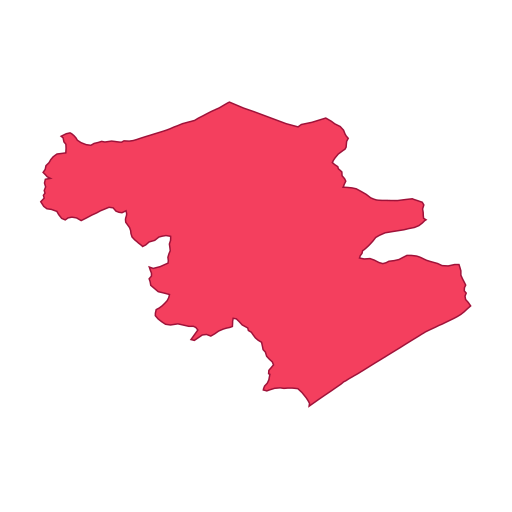 Chesumei, Rift Valley, Kenya, rotated 82°
{"feature_id": "3690345B21695789916257", "entity_name": "Chesumei", "entity_type": "district", "adm_level": 2, "iso_a3": "KEN", "parent_name": "Kenya", "parent_adm1": "Rift Valley", "projection": "equal_earth", "projection_center": [35.097, 0.277], "detail": "fine", "context": "isolated", "style": "filled", "palette": "rose", "viewbox_px": 512, "rotation_deg": 82, "n_neighbors": 0, "source": "geoboundaries", "source_scale": "gbopen_adm2", "svg_char_len": 4909}
<svg xmlns="http://www.w3.org/2000/svg" viewBox="0 0 512 512"><g transform="rotate(82 256 256)"><path d="M340.2,57.6L337.8,54.2L335.3,50.4L331.7,52.2L328.2,54.5L324.8,54.6L322.0,53.0L319.5,54.6L316.4,54.0L314.0,52.4L311.0,53.4L307.6,54.6L303.5,55.8L299.2,55.2L295.6,55.7L292.7,56.2L292.1,60.5L292.6,67.1L291.4,73.1L288.7,77.2L287.1,80.9L285.7,84.1L284.0,87.7L282.3,90.3L281.6,91.3L280.6,92.8L279.7,94.3L278.4,97.0L277.1,101.9L276.4,106.4L277.9,110.8L279.4,114.9L279.8,119.8L279.7,125.1L280.8,128.2L281.2,131.5L279.6,135.1L276.5,139.5L274.4,143.5L274.0,149.2L272.4,153.8L270.3,152.8L268.2,150.7L265.6,149.7L264.7,147.9L263.7,146.3L261.5,143.1L259.6,140.7L257.6,138.3L254.3,134.9L252.7,130.9L251.0,124.9L250.8,117.3L250.7,111.3L250.6,105.8L250.1,100.9L249.8,95.2L248.6,90.5L246.7,87.1L246.1,86.2L244.5,84.1L243.8,82.6L242.0,84.8L239.2,84.7L236.0,84.4L232.6,84.5L228.8,82.7L225.9,83.9L223.9,87.8L221.9,91.9L221.1,93.2L220.9,99.7L220.8,108.1L219.9,114.4L219.1,119.1L218.5,123.4L217.7,127.4L217.2,129.1L216.0,131.6L214.3,134.4L210.3,138.3L206.8,142.8L203.4,147.4L201.9,151.5L200.8,156.0L200.0,160.2L199.0,159.5L197.7,158.9L194.4,156.7L191.8,157.5L188.5,159.6L184.7,159.3L182.8,160.8L181.1,162.3L178.9,162.6L176.5,165.3L174.1,167.4L172.0,166.0L170.3,164.5L169.5,163.7L166.5,160.4L164.5,156.7L163.6,155.1L162.6,153.0L160.7,151.6L159.7,151.4L158.4,151.1L155.1,150.3L152.3,148.3L149.7,150.0L147.4,150.9L143.6,151.8L139.5,154.6L136.1,159.6L133.1,162.6L129.1,167.7L130.2,174.6L131.4,182.0L132.1,192.8L134.0,196.4L129.2,207.7L112.7,238.1L107.8,247.7L99.9,260.9L100.5,262.8L101.6,265.5L102.1,266.7L102.6,267.9L103.9,271.0L104.5,272.7L105.2,275.3L105.6,276.4L105.9,277.6L106.7,280.3L108.4,285.2L109.1,287.1L109.8,289.0L111.5,294.0L113.2,297.9L113.5,300.4L113.7,301.7L113.8,302.9L114.1,305.4L114.5,308.5L114.7,310.3L116.0,315.3L116.9,319.4L118.1,323.6L118.8,326.7L119.4,329.9L120.2,334.8L121.0,339.9L121.7,344.1L122.4,348.6L123.3,353.9L124.1,358.1L124.6,361.6L124.6,363.7L124.6,365.6L123.6,370.7L124.6,373.4L124.3,374.9L123.5,377.9L123.0,379.6L122.1,383.0L122.1,386.6L122.1,389.8L121.0,392.9L121.6,396.4L122.0,400.7L123.4,404.1L122.1,408.7L119.4,413.5L116.5,416.8L113.9,417.9L111.4,419.6L109.3,421.5L108.2,423.0L108.5,426.9L110.3,432.3L112.1,430.6L116.3,430.3L118.9,428.7L123.0,429.1L127.4,430.0L127.4,433.9L127.3,438.9L129.4,442.9L132.0,445.8L134.8,448.0L137.3,451.4L140.9,452.7L143.6,455.2L146.1,453.3L148.5,451.7L150.5,448.8L150.7,453.9L154.3,455.3L158.3,454.7L161.7,456.6L164.4,456.2L166.3,458.1L169.2,457.7L172.3,461.6L177.3,459.3L180.1,456.5L181.4,452.1L184.1,447.0L187.6,445.6L191.7,443.2L193.7,439.9L192.1,436.8L191.9,432.9L193.3,428.4L196.6,424.2L195.0,419.4L192.6,412.8L191.1,407.7L189.6,403.8L188.5,399.5L187.3,394.8L188.4,390.8L192.1,388.4L193.6,385.7L194.5,382.7L193.1,378.4L194.8,378.3L196.3,378.2L197.8,378.6L200.4,379.8L201.8,380.2L204.5,380.3L207.3,378.8L210.4,377.2L213.5,376.6L216.4,376.7L219.9,376.1L222.5,374.3L223.3,373.7L225.1,372.0L226.9,370.5L227.9,369.5L229.9,367.6L230.8,367.0L229.7,363.7L227.2,359.9L226.4,354.1L223.7,349.5L223.3,346.1L223.2,342.3L224.6,337.8L225.7,337.9L228.6,338.4L232.1,340.1L236.1,340.1L238.9,340.2L241.7,341.9L245.0,343.4L248.5,343.5L250.8,344.1L251.8,347.6L253.2,352.4L253.6,356.0L254.0,359.5L252.1,363.2L255.5,362.6L258.4,361.9L261.3,362.3L263.7,365.0L266.7,364.4L270.4,364.3L274.1,361.0L277.7,357.8L279.9,352.2L282.1,347.0L285.1,348.2L287.8,350.1L290.1,352.9L292.3,355.9L294.0,359.0L295.2,362.3L298.6,363.6L301.1,364.0L304.7,361.7L308.1,358.4L311.0,355.1L312.4,350.3L312.3,342.8L314.3,337.5L316.3,332.3L316.9,327.8L318.4,325.5L321.2,323.9L329.7,332.0L330.5,330.0L331.0,328.8L326.7,320.1L326.8,315.9L329.0,311.9L327.3,307.7L325.1,303.4L323.8,298.6L323.3,295.3L323.2,293.7L323.1,291.9L322.5,289.2L320.6,288.8L318.6,288.4L317.7,288.3L314.5,287.3L315.5,284.2L318.6,281.8L322.3,279.3L326.1,274.2L328.7,273.9L330.9,271.2L333.7,269.8L337.0,268.0L339.7,265.6L342.2,262.5L346.2,262.2L349.7,262.0L352.4,260.1L356.8,259.4L360.1,257.1L363.1,254.6L366.3,253.8L367.2,254.9L368.6,256.4L370.3,258.4L371.1,259.2L374.3,259.9L375.1,258.7L377.7,259.6L380.4,260.5L383.5,262.5L386.0,265.6L388.5,267.0L389.7,267.4L390.5,265.4L391.1,264.1L390.4,260.8L389.6,256.0L389.9,250.4L391.0,246.7L391.2,242.8L391.9,238.1L393.2,233.0L397.7,229.4L400.4,227.8L403.4,226.0L406.4,224.6L409.4,223.5L412.1,224.3L410.5,221.2L407.1,214.6L403.7,207.8L400.0,200.2L397.9,196.1L394.7,189.7L393.4,187.6L392.8,186.8L392.5,185.7L392.0,184.3L390.5,181.1L389.5,178.6L389.0,177.3L388.3,175.7L387.0,172.3L385.9,169.7L385.2,168.2L384.8,167.2L382.8,162.7L381.2,159.1L378.4,152.8L376.1,147.4L372.1,138.3L366.5,125.4L364.4,120.8L361.4,114.0L357.8,105.7L357.1,104.2L356.5,102.9L355.7,100.9L354.7,98.7L354.3,97.4L353.7,95.6L353.2,94.0L351.5,88.4L350.1,84.2L349.8,82.9L349.3,81.0L348.2,77.7L346.2,71.5L345.5,69.3L344.8,67.3L343.8,64.6L343.3,63.5L342.4,61.4L340.2,57.6Z" fill="#f43f5e" stroke="#9f1239" stroke-width="1.5"/></g></svg>